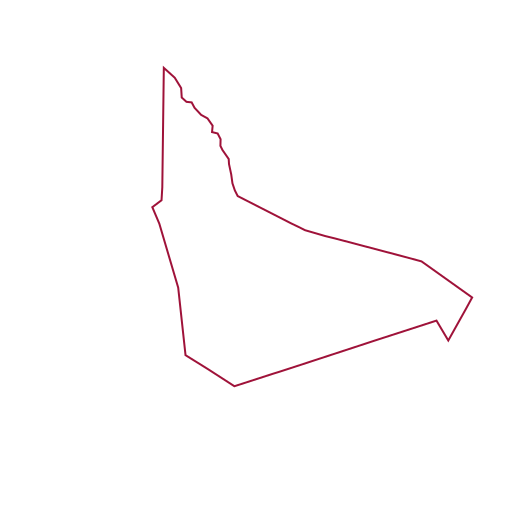 Cachoeirinha, Pernambuco, Brazil (orthographic projection), rotated 134°
{"feature_id": "56859067B81048924714612", "entity_name": "Cachoeirinha", "entity_type": "district", "adm_level": 2, "iso_a3": "BRA", "parent_name": "Brazil", "parent_adm1": "Pernambuco", "projection": "orthographic", "projection_center": [-36.305, -8.498], "detail": "fine", "context": "isolated", "style": "outline", "palette": "rose", "viewbox_px": 512, "rotation_deg": 134, "n_neighbors": 0, "source": "geoboundaries", "source_scale": "gbopen_adm2", "svg_char_len": 738}
<svg xmlns="http://www.w3.org/2000/svg" viewBox="0 0 512 512"><g transform="rotate(134 256 256)"><path d="M376.3,237.8L370.7,211.7L364.7,181.1L329.1,162.1L323.3,158.9L312.6,153.2L290.3,141.4L234.3,111.8L177.1,81.3L183.2,59.0L148.0,68.3L135.7,71.7L144.9,133.2L154.4,150.4L188.7,211.7L193.6,220.1L197.9,228.3L203.4,238.7L205.4,245.2L208.1,253.3L225.6,310.8L223.5,316.8L220.1,323.4L214.6,330.4L208.6,339.3L205.2,343.0L204.2,348.0L203.1,353.6L201.5,358.1L196.6,362.6L194.5,368.7L197.4,373.7L192.4,377.7L190.7,386.5L192.6,393.5L192.1,403.1L190.2,409.0L193.4,413.1L193.6,419.5L187.2,426.5L184.2,438.3L184.7,453.0L271.7,371.1L281.5,362.7L292.9,364.5L299.9,348.0L332.8,290.0L376.3,237.8Z" fill="none" stroke="#9f1239" stroke-width="2"/></g></svg>